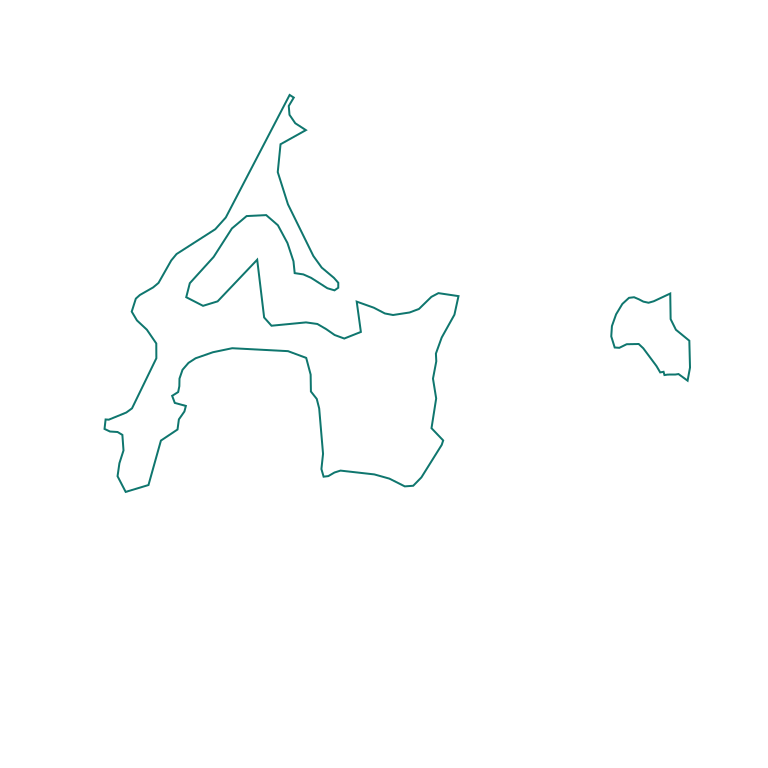 outline of Chatham Islands Territory, rotated 302°
{"feature_id": "NZL-5470", "entity_name": "Chatham Islands Territory", "entity_type": "Special Island Authority", "adm_level": 1, "iso_a3": "NZL", "parent_name": "New Zealand", "parent_adm1": "", "projection": "equal_earth", "projection_center": [-176.452, -44.022], "detail": "fine", "context": "isolated", "style": "outline", "palette": "teal", "viewbox_px": 768, "rotation_deg": 302, "n_neighbors": 0, "source": "natural_earth", "source_scale": "10m", "svg_char_len": 1907}
<svg xmlns="http://www.w3.org/2000/svg" viewBox="0 0 768 768"><g transform="rotate(302 384 384)"><path d="M447.5,285.2L445.6,291.6L441.4,294.2L437.2,292.4L435.2,285.2L435.4,265.9L434.2,257.5L430.7,249.5L440.1,242.2L452.4,227.4L462.4,209.9L464.8,194.6L453.6,178.5L435.3,172.6L401.5,172.2L366.6,165.9L352.8,170.3L354.4,189.1L365.9,199.1L422.2,210.6L376.9,247.1L373.8,257.7L394.9,285.2L399.6,295.7L399.9,306.0L399.4,316.2L401.5,326.2L415.9,336.8L439.4,317.2L443.3,334.9L444.3,347.4L447.3,355.1L458.2,367.8L466.2,373.9L483.0,378.0L489.9,382.0L498.0,400.6L480.1,407.0L454.0,408.3L437.3,411.9L431.0,416.3L414.5,422.7L399.4,435.9L371.7,447.7L367.5,464.1L363.0,465.2L324.6,465.2L313.2,462.7L308.2,455.9L306.6,438.7L302.2,423.7L287.5,393.0L282.7,388.9L276.4,385.6L273.4,381.9L278.7,376.0L292.5,369.3L328.9,342.0L335.7,334.9L338.9,326.0L353.1,316.8L364.9,304.2L361.0,285.2L333.9,236.3L320.3,222.1L306.0,210.6L298.3,207.0L289.3,205.6L280.2,207.7L273.7,211.6L268.1,213.7L261.7,210.6L257.1,216.6L260.4,227.6L254.9,229.3L245.3,228.8L236.0,233.0L217.8,224.8L173.5,237.8L155.6,222.1L164.6,206.9L176.6,201.6L189.6,198.3L202.2,189.1L202.1,183.5L198.5,176.8L197.8,170.8L206.4,166.7L207.9,169.5L223.3,180.6L229.8,183.2L285.2,177.3L297.7,169.4L304.4,154.1L307.0,140.8L311.7,131.7L324.9,128.3L330.1,129.8L343.5,137.0L350.2,139.2L376.0,138.1L384.3,139.2L425.9,158.9L441.4,161.6L579.1,150.8L579.1,155.7L569.3,155.9L562.2,161.2L558.1,170.6L557.9,183.2L532.5,169.2L507.4,181.6L485.5,207.3L455.1,256.3L449.7,269.5L447.5,285.2ZM593.1,565.3L597.1,568.9L612.4,578.8L590.9,592.7L584.7,602.8L582.5,620.0L560.1,634.8L547.7,639.7L548.5,628.5L546.3,625.9L542.4,619.7L540.2,617.1L542.5,614.6L540.2,612.1L543.6,605.6L551.7,584.9L552.9,578.8L546.3,568.7L539.4,564.4L537.2,560.3L544.8,551.5L553.9,546.6L566.1,543.9L578.2,543.7L586.9,546.1L590.1,550.1L590.9,555.2L591.3,560.3L593.1,565.3Z" fill="none" stroke="#0f766e" stroke-width="2"/></g></svg>